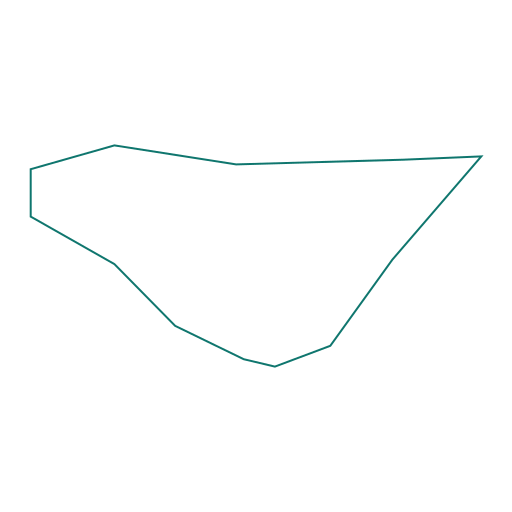 the district of Oxelösund, Södermanland, Sweden
{"feature_id": "70781695B16692343242132", "entity_name": "Oxelösund", "entity_type": "district", "adm_level": 2, "iso_a3": "SWE", "parent_name": "Sweden", "parent_adm1": "Södermanland", "projection": "equal_earth", "projection_center": [17.078, 58.693], "detail": "fine", "context": "isolated", "style": "outline", "palette": "teal", "viewbox_px": 512, "rotation_deg": 0, "n_neighbors": 0, "source": "geoboundaries", "source_scale": "gbopen_adm2", "svg_char_len": 281}
<svg xmlns="http://www.w3.org/2000/svg" viewBox="0 0 512 512"><path d="M481.3,156.4L403.4,159.7L236.1,164.4L114.4,145.4L30.7,169.2L30.7,216.6L114.4,264.1L175.2,325.9L243.7,359.2L274.9,366.6L330.3,345.8L392.4,259.6L481.3,156.4Z" fill="none" stroke="#0f766e" stroke-width="2"/></svg>